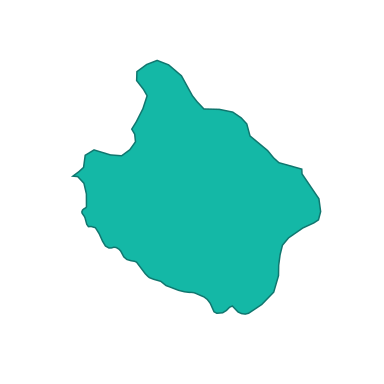 the border of Ganzourgou, rotated 331°
{"feature_id": "BFA-2828", "entity_name": "Ganzourgou", "entity_type": "Province", "adm_level": 1, "iso_a3": "BFA", "parent_name": "Burkina Faso", "parent_adm1": "", "projection": "albers", "projection_center": [-0.846, 12.259], "detail": "fine", "context": "isolated", "style": "filled", "palette": "teal", "viewbox_px": 384, "rotation_deg": 331, "n_neighbors": 0, "source": "natural_earth", "source_scale": "10m", "svg_char_len": 1386}
<svg xmlns="http://www.w3.org/2000/svg" viewBox="0 0 384 384"><g transform="rotate(331 192 192)"><path d="M239.9,113.6L240.2,115.5L242.7,125.2L256.0,133.0L266.4,141.9L271.0,151.1L272.9,159.0L269.9,171.1L278.2,192.4L279.9,201.7L282.2,208.5L299.1,225.2L297.0,229.5L299.7,259.5L295.0,271.5L289.1,277.7L286.3,277.9L283.7,278.1L271.4,277.2L254.3,278.9L245.3,282.4L238.6,289.6L232.3,298.1L227.1,307.1L214.9,319.2L198.5,324.2L182.7,325.5L179.4,324.6L176.4,322.4L174.1,319.3L172.0,311.3L168.9,311.0L164.7,312.3L160.3,312.5L154.9,310.1L153.2,307.4L154.0,298.3L153.3,293.4L151.7,289.7L145.1,281.2L143.1,279.7L140.7,278.3L136.9,275.5L132.6,271.5L123.9,261.2L121.4,255.0L115.9,249.5L113.2,246.2L112.5,244.4L111.5,240.8L109.5,226.5L108.2,224.8L105.2,222.4L102.3,219.4L100.9,215.7L101.0,209.0L100.4,206.6L98.8,203.8L96.9,202.4L94.5,201.9L92.2,200.7L90.1,197.3L89.9,191.6L90.0,190.6L90.6,183.5L90.2,176.4L87.1,173.3L84.6,172.1L84.3,169.2L85.9,162.7L86.0,161.1L85.6,157.4L86.0,156.0L87.5,154.7L89.5,154.3L91.4,154.3L92.5,153.8L98.7,142.5L101.7,132.0L99.5,123.1L95.5,120.4L102.8,119.4L109.1,117.9L116.4,108.1L126.7,107.7L138.6,120.0L148.0,126.2L158.1,124.9L166.9,120.7L169.9,113.7L169.8,107.8L177.3,103.6L189.4,95.4L199.4,86.1L199.3,78.7L197.6,67.7L202.2,60.0L214.1,58.5L221.6,59.5L225.3,60.0L233.2,69.5L239.1,85.3L239.0,108.0L239.9,113.6Z" fill="#14b8a6" stroke="#0f766e" stroke-width="1.5"/></g></svg>